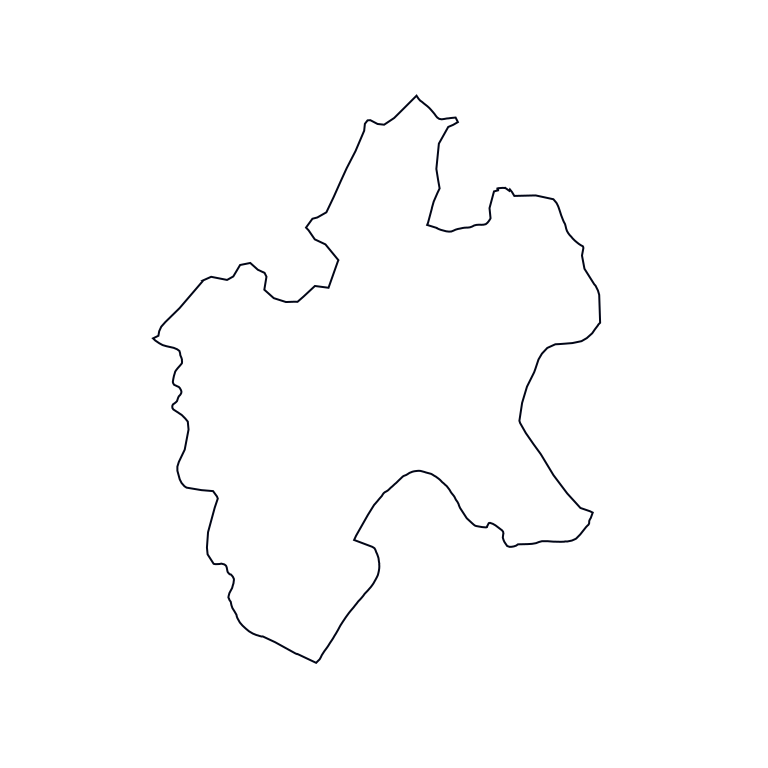 outline of Mawiyah, Ta`izz, Yemen, rotated 105°
{"feature_id": "15242507B40784737599464", "entity_name": "Mawiyah", "entity_type": "district", "adm_level": 2, "iso_a3": "YEM", "parent_name": "Yemen", "parent_adm1": "Ta`izz", "projection": "orthographic", "projection_center": [44.336, 13.613], "detail": "fine", "context": "isolated", "style": "outline", "palette": "ink", "viewbox_px": 768, "rotation_deg": 105, "n_neighbors": 0, "source": "geoboundaries", "source_scale": "gbopen_adm2", "svg_char_len": 6139}
<svg xmlns="http://www.w3.org/2000/svg" viewBox="0 0 768 768"><g transform="rotate(105 384 384)"><path d="M268.9,191.1L242.2,199.2L238.4,201.5L234.3,205.1L233.3,206.7L220.8,220.2L208.7,226.0L201.1,226.6L200.2,227.0L199.5,227.6L199.0,229.8L198.2,232.2L197.1,234.7L196.0,237.0L194.7,239.2L194.7,239.3L193.3,241.2L192.1,243.2L190.6,245.1L188.8,246.9L186.7,248.3L184.6,249.4L182.7,250.5L180.7,252.4L178.9,253.8L177.1,255.1L175.2,256.5L172.7,258.1L170.1,259.8L167.6,261.5L165.8,263.0L164.4,264.3L161.7,268.2L162.2,278.4L162.6,286.3L163.2,288.4L168.6,306.8L165.4,310.1L163.5,312.7L165.0,312.9L163.2,317.7L163.4,317.8L163.8,320.0L165.3,324.3L165.8,325.1L166.4,324.9L166.7,324.1L167.4,323.9L169.5,327.6L186.8,327.6L196.3,324.0L197.0,324.1L199.2,324.8L201.5,325.8L203.3,327.1L204.4,329.2L205.1,331.4L205.2,332.0L205.6,333.6L206.4,335.9L207.5,337.9L209.0,339.5L210.4,341.5L211.3,343.7L212.0,346.2L212.9,348.3L214.1,350.6L215.1,352.7L216.4,354.8L217.9,356.6L219.3,358.5L220.0,360.7L220.4,363.4L220.4,365.2L220.4,366.5L220.4,368.9L220.2,371.1L219.8,373.3L219.6,373.4L219.2,383.5L217.0,383.2L201.9,383.2L201.5,383.3L194.9,383.2L185.5,381.8L180.7,380.9L173.0,384.5L162.7,389.1L137.6,393.2L119.1,388.5L115.8,384.3L111.9,380.4L108.1,383.8L109.6,387.8L110.2,389.3L110.5,389.9L111.3,392.1L112.4,394.4L113.4,396.8L113.6,399.3L112.8,401.6L111.5,403.4L110.0,405.2L108.6,407.2L106.9,409.7L105.7,411.6L104.5,413.9L102.7,418.1L101.7,420.2L100.9,422.4L99.5,424.5L98.0,426.2L97.1,427.2L112.7,436.2L124.4,443.0L133.4,450.9L133.5,451.0L134.5,457.5L132.7,465.5L133.6,468.1L137.6,469.8L144.5,468.7L166.4,471.8L185.2,475.9L198.8,478.2L216.4,481.0L233.1,484.1L240.4,491.5L242.9,495.9L253.1,499.8L255.0,496.7L262.2,488.3L264.3,476.7L276.2,460.1L277.4,460.3L305.4,462.5L307.2,476.1L320.3,484.3L327.0,488.8L327.6,491.5L330.2,499.9L329.6,512.7L323.9,524.0L310.8,525.3L307.6,528.1L306.3,535.4L301.7,544.5L306.3,553.8L319.1,557.4L324.0,562.4L324.1,562.6L325.2,578.7L330.7,585.5L330.7,585.4L332.1,586.0L363.6,601.1L380.7,611.2L386.3,614.0L391.2,614.8L395.8,614.4L399.7,618.9L401.2,616.2L402.8,611.6L403.7,607.9L403.8,604.0L403.5,596.5L404.0,592.8L405.0,590.2L406.9,589.0L408.9,588.2L411.2,586.4L412.9,585.4L414.0,585.2L414.8,584.8L416.4,584.6L418.8,585.7L422.2,587.4L424.8,588.5L426.2,588.9L428.2,588.9L430.5,589.0L433.9,588.8L436.7,588.5L438.0,587.7L439.1,586.5L439.4,584.7L439.8,582.7L439.9,581.6L440.8,580.1L442.6,578.4L443.8,577.7L445.1,577.5L446.6,577.8L447.6,578.2L449.0,579.0L450.6,579.3L454.0,579.5L455.2,580.1L456.6,581.1L458.4,582.6L460.1,582.8L461.9,582.2L463.1,580.9L466.3,571.3L468.8,567.0L471.1,563.8L478.6,561.0L499.0,559.5L512.4,562.0L517.3,562.2L521.3,561.1L524.9,559.0L529.0,556.6L532.0,553.9L534.4,550.3L535.2,547.9L533.8,533.3L533.8,533.1L531.7,521.4L535.9,516.2L537.7,514.9L547.2,515.5L572.7,515.6L587.8,512.7L594.2,510.3L601.7,502.1L601.8,501.6L601.6,500.0L600.9,497.7L600.4,496.2L599.6,494.6L599.6,491.5L600.2,490.0L600.7,489.3L602.0,488.4L605.3,486.8L606.3,486.1L607.7,483.9L607.6,482.7L608.3,481.5L609.3,480.1L611.2,478.5L612.4,478.2L613.4,478.1L615.5,477.8L617.6,477.9L620.4,477.9L622.9,478.5L626.0,479.2L627.9,479.2L629.3,479.2L630.6,479.0L631.6,478.0L632.3,477.7L633.2,476.7L634.0,475.7L635.6,474.9L637.2,474.1L639.7,472.4L642.4,469.5L645.1,466.8L646.7,466.0L648.2,464.9L651.7,461.5L654.0,458.1L656.1,454.1L657.8,450.4L659.0,446.1L659.5,442.3L659.5,440.5L659.6,439.1L659.6,436.8L659.2,435.8L661.6,422.3L667.2,399.7L667.4,398.0L667.3,397.8L667.2,397.7L670.9,377.4L668.6,376.1L666.6,374.9L664.3,374.3L662.0,373.9L659.8,373.2L657.6,372.5L653.3,370.8L651.0,370.0L648.6,369.3L646.5,368.6L644.5,367.9L642.2,367.2L639.9,366.6L637.7,365.9L633.2,364.7L631.0,364.2L628.5,363.6L626.3,362.9L623.8,362.1L621.8,361.4L619.4,360.6L614.2,358.6L611.9,357.6L609.8,356.6L607.7,355.6L605.3,354.6L603.1,353.6L600.6,352.6L598.3,351.3L596.1,350.2L593.9,349.2L591.7,348.4L589.7,347.3L587.7,346.2L585.6,345.2L583.6,344.2L581.6,343.4L579.4,342.6L577.0,342.0L574.7,341.4L572.5,340.9L570.3,340.5L568.1,340.5L565.9,340.6L563.3,340.9L561.0,341.4L559.7,341.9L558.9,342.0L556.9,342.9L554.7,343.8L553.5,344.3L552.6,344.9L552.4,345.0L551.4,345.7L550.2,346.5L548.3,348.1L547.1,348.9L546.2,349.6L545.1,350.7L544.6,352.2L544.3,353.3L542.4,372.5L537.8,371.7L519.7,367.0L514.7,365.7L504.8,362.7L503.2,362.2L501.7,361.4L500.2,360.7L498.8,360.0L497.4,359.4L495.7,358.6L494.1,357.8L492.7,357.1L491.2,356.7L489.6,356.1L488.3,355.2L487.0,353.8L485.8,352.7L484.4,351.8L482.5,350.7L480.8,349.5L477.9,347.7L476.5,346.7L475.0,345.8L473.6,345.0L470.5,343.1L469.3,342.4L468.0,341.5L467.8,341.3L466.2,339.1L465.3,338.2L464.2,337.2L463.2,336.3L462.5,335.3L461.7,334.3L461.0,333.2L460.3,331.8L459.3,329.3L458.8,327.8L458.5,326.2L458.5,322.1L458.6,320.8L458.6,315.3L458.9,314.0L459.3,312.7L459.7,311.5L460.0,310.1L460.6,308.6L461.1,307.3L461.6,306.1L462.3,304.7L463.8,302.3L464.3,301.1L464.9,299.9L465.6,298.7L466.2,297.3L466.9,296.3L468.9,293.7L469.9,292.6L470.7,291.9L471.9,290.5L472.9,289.1L474.0,287.6L474.9,286.6L477.2,284.6L478.0,283.6L478.9,282.5L479.9,281.6L480.9,280.7L481.7,280.3L484.0,278.5L485.8,276.5L492.2,269.4L492.6,268.7L495.7,262.8L496.7,260.8L497.3,259.2L497.3,257.9L497.1,255.4L496.8,252.1L496.1,248.3L495.5,247.5L494.8,247.6L494.7,247.5L491.3,246.8L491.1,246.4L490.7,245.7L490.9,242.7L491.7,239.7L494.8,232.1L495.9,230.7L497.7,229.9L498.0,230.0L501.6,229.5L504.1,227.9L505.6,226.6L507.5,224.4L508.6,223.1L508.8,220.5L508.2,218.6L507.3,216.6L505.9,214.5L504.2,213.1L501.5,203.9L500.1,199.7L498.4,196.0L496.5,193.4L495.0,190.8L493.5,185.3L492.5,179.9L490.7,172.5L489.6,168.9L489.2,168.4L488.7,166.2L486.6,162.0L484.6,159.5L483.6,158.4L478.5,155.5L469.9,151.8L467.9,150.7L467.3,150.2L466.3,149.9L465.3,149.8L464.2,150.1L463.1,150.3L461.6,150.1L459.9,149.6L454.2,149.1L453.6,152.1L452.9,162.2L448.7,168.7L442.3,178.7L428.2,196.7L411.2,214.4L403.6,223.8L394.7,234.3L386.5,242.4L384.5,243.7L366.5,245.7L359.5,245.5L349.6,245.2L333.8,242.0L330.3,241.7L320.3,241.1L313.8,239.3L306.9,235.6L301.3,228.8L300.0,224.8L299.0,221.9L295.8,212.9L295.7,212.6L291.5,204.3L287.2,200.0L281.1,196.0L276.8,194.5L271.9,192.5L271.2,192.4L268.9,191.1Z" fill="none" stroke="#020617" stroke-width="2"/></g></svg>